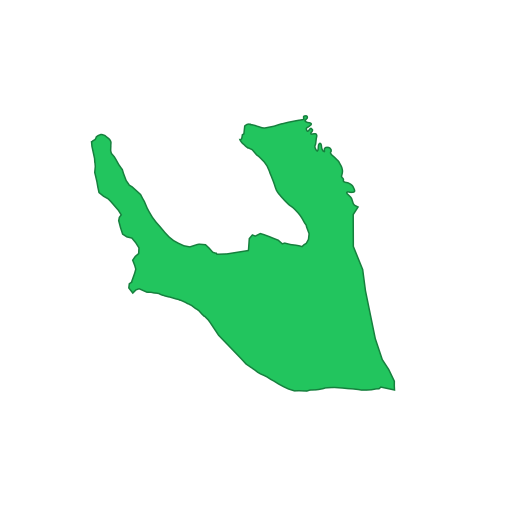 Qaflat Odhar, Amran, Yemen (Equal Earth projection), rotated 145°
{"feature_id": "15242507B49848325615271", "entity_name": "Qaflat Odhar", "entity_type": "district", "adm_level": 2, "iso_a3": "YEM", "parent_name": "Yemen", "parent_adm1": "Amran", "projection": "equal_earth", "projection_center": [43.669, 16.289], "detail": "fine", "context": "isolated", "style": "filled", "palette": "green", "viewbox_px": 512, "rotation_deg": 145, "n_neighbors": 0, "source": "geoboundaries", "source_scale": "gbopen_adm2", "svg_char_len": 6035}
<svg xmlns="http://www.w3.org/2000/svg" viewBox="0 0 512 512"><g transform="rotate(145 256 256)"><path d="M168.9,352.9L175.4,355.8L176.1,356.3L177.5,357.6L178.6,359.0L179.7,360.5L180.8,361.8L181.7,363.2L183.8,365.6L185.2,366.8L185.0,367.1L186.4,368.3L187.8,368.9L188.8,369.0L190.4,369.0L190.7,368.9L195.6,363.3L196.3,362.9L197.5,363.2L200.0,360.7L200.7,360.3L201.6,360.1L202.1,360.2L202.4,360.5L202.6,359.6L202.6,357.4L202.5,356.3L202.4,355.8L201.8,353.6L201.7,352.7L201.4,351.4L200.6,349.0L200.2,348.9L198.1,345.2L197.5,338.4L196.8,336.5L196.4,334.9L196.3,334.3L196.1,333.2L195.8,331.3L195.4,329.0L195.3,328.0L195.3,324.9L195.3,323.8L195.4,322.6L195.6,322.0L195.7,321.3L196.2,318.7L196.6,317.0L196.9,316.3L197.6,313.1L197.7,312.5L198.0,311.4L198.8,308.0L199.4,305.7L199.6,305.1L199.7,304.6L200.4,302.4L201.1,300.0L201.3,299.1L201.5,298.5L201.7,296.1L201.7,293.8L201.5,292.5L201.4,290.7L201.1,288.2L201.0,287.7L200.8,285.8L200.7,285.2L200.6,284.5L200.4,283.3L200.2,282.2L199.8,280.0L199.5,278.7L199.2,277.8L198.6,276.3L197.9,274.1L197.4,271.5L197.0,268.7L196.8,267.4L196.6,264.3L196.6,262.5L196.7,260.1L197.2,255.3L197.2,252.4L197.9,250.8L198.0,250.4L199.7,243.8L203.5,239.5L207.6,237.5L210.2,237.7L212.9,237.3L214.9,239.7L217.3,242.1L221.0,245.4L225.1,250.1L227.5,250.9L228.7,256.1L232.2,261.4L233.7,263.8L237.3,269.0L239.6,271.9L245.2,272.7L246.9,275.3L251.5,274.1L258.3,265.7L259.2,264.9L278.5,274.3L287.0,279.8L286.9,281.0L287.2,281.1L289.3,283.9L289.9,289.4L290.9,294.2L295.8,298.3L297.6,299.1L305.0,301.4L309.2,305.7L312.3,311.0L314.7,315.9L316.3,321.4L317.2,327.5L317.8,334.9L318.5,341.0L318.7,347.1L318.2,353.6L317.7,357.7L316.2,364.7L315.9,368.1L315.3,372.6L317.8,383.6L319.2,386.8L319.1,387.9L319.1,392.3L317.2,399.7L315.9,403.6L316.0,403.7L316.0,409.7L315.4,415.4L315.2,418.5L315.6,422.6L315.6,422.9L315.4,423.7L314.7,425.5L314.1,426.4L311.9,429.3L311.3,430.2L310.7,430.9L309.7,432.2L309.4,432.9L309.2,433.5L309.2,434.2L309.1,434.4L309.1,435.7L309.2,435.8L309.3,436.7L309.5,437.2L309.5,437.5L309.7,437.8L309.7,438.0L310.2,439.5L310.7,441.4L312.3,443.6L313.3,444.5L316.2,445.2L318.4,445.2L319.4,444.5L320.9,443.7L321.8,443.7L322.1,443.8L323.9,443.9L324.0,443.8L324.4,443.7L324.7,443.7L325.2,443.9L327.5,439.9L329.6,434.9L332.3,428.5L334.3,425.2L334.5,424.6L336.3,421.5L340.2,416.9L341.6,413.3L343.7,408.1L346.1,403.0L348.2,398.0L346.6,392.4L344.3,387.6L343.7,384.1L342.5,372.4L342.8,367.0L345.8,366.0L348.2,363.7L350.7,357.0L352.7,350.4L350.8,345.7L347.4,341.9L346.9,335.9L347.2,329.8L350.7,325.3L355.1,324.9L359.4,323.3L360.8,317.6L362.0,314.2L365.1,311.6L372.7,306.2L372.8,305.9L375.7,305.9L378.5,302.8L378.2,296.3L373.7,297.1L370.5,296.2L366.1,288.9L362.7,286.4L360.8,284.3L358.4,282.3L356.7,280.5L356.7,280.2L356.5,279.7L355.8,278.6L355.2,277.7L354.2,276.6L353.5,275.5L353.3,275.3L350.9,272.5L350.3,272.0L346.9,267.7L345.8,266.3L345.5,266.1L345.0,265.5L344.6,265.1L344.5,264.9L344.4,264.8L344.4,264.7L343.9,264.1L343.8,263.7L343.6,263.7L343.4,263.3L342.9,262.7L341.8,260.9L340.4,258.5L339.4,256.3L339.1,255.9L338.6,255.3L338.2,254.3L337.7,253.5L337.1,252.3L336.9,251.7L336.8,251.4L336.8,251.1L336.6,250.8L336.4,250.0L336.3,249.7L335.8,248.2L335.8,247.9L335.4,247.2L334.6,245.5L334.6,245.1L334.4,244.6L334.2,244.3L333.6,239.3L333.0,236.3L332.5,235.9L332.4,234.7L332.3,234.4L332.3,234.0L332.2,233.9L332.1,232.9L332.0,232.4L331.9,232.3L331.9,231.8L331.8,231.7L331.7,228.1L332.1,212.5L326.9,179.4L326.1,173.2L322.3,163.1L321.3,159.8L319.9,156.8L318.0,153.7L316.3,150.6L314.6,146.3L313.1,143.4L311.0,138.4L308.4,133.2L305.7,128.5L301.9,123.5L297.9,120.9L291.8,116.2L288.8,115.3L283.8,112.1L281.4,110.8L277.2,108.9L274.7,108.1L270.3,105.4L267.1,103.3L260.7,98.1L256.8,94.7L252.9,91.6L248.6,87.8L246.5,85.7L242.2,82.7L238.1,80.2L233.7,78.2L231.4,76.7L228.9,77.0L219.4,66.8L217.2,70.3L215.0,73.4L214.5,74.1L212.4,86.8L212.0,98.7L205.7,119.9L186.3,164.7L176.4,183.7L170.8,208.0L152.6,234.2L144.3,237.6L146.1,240.9L146.3,241.9L146.3,242.9L146.0,244.1L145.2,246.6L144.7,248.4L144.7,250.0L145.6,254.5L145.6,255.2L145.4,255.6L145.2,256.0L144.6,256.0L144.1,255.9L143.4,255.4L142.6,254.4L141.4,253.4L140.3,252.8L139.3,252.3L138.7,252.3L138.1,252.5L137.8,252.8L137.3,254.1L137.0,255.7L136.7,257.5L136.8,258.8L137.3,260.5L137.9,261.7L138.7,263.2L140.9,265.5L141.5,266.7L141.5,267.1L141.4,267.5L140.9,267.9L140.4,268.7L140.3,269.3L140.3,269.8L140.5,270.9L140.4,271.6L140.3,272.2L140.0,272.5L138.7,273.6L137.6,274.6L136.4,276.0L135.7,277.4L134.9,279.5L134.6,281.2L134.3,284.2L134.1,285.4L134.1,285.7L134.2,287.2L134.4,287.9L135.1,291.9L136.0,295.4L136.0,297.3L135.8,297.8L135.5,298.1L135.1,298.4L134.5,298.6L134.0,299.2L133.6,299.8L133.5,300.5L133.5,301.4L133.6,302.1L134.1,303.0L134.7,303.7L136.2,304.7L136.9,304.9L137.9,304.8L138.4,304.6L138.9,304.1L139.3,303.5L139.8,302.5L140.3,302.4L140.4,302.7L140.9,303.7L140.7,305.2L140.3,306.7L139.0,309.2L138.7,310.0L138.6,310.6L138.6,311.0L138.7,311.3L139.2,311.7L139.6,311.7L140.2,311.5L141.0,311.1L141.8,310.3L143.6,308.1L144.6,307.2L145.2,306.9L145.5,306.8L145.8,307.2L145.9,307.7L145.9,308.9L145.7,310.0L145.4,311.2L144.8,312.2L144.2,312.7L143.5,313.1L142.7,313.8L141.9,314.7L139.2,317.7L137.7,319.1L137.2,319.7L137.0,320.2L136.8,321.1L137.0,321.8L137.6,322.4L138.8,323.1L140.4,323.8L140.7,324.1L140.9,324.3L140.9,324.7L140.6,325.2L140.0,325.5L138.6,325.9L137.9,326.3L137.4,326.8L137.4,327.5L137.6,328.8L137.9,329.1L138.4,329.2L139.3,329.1L139.7,328.9L140.3,328.8L140.7,328.5L142.0,328.5L142.3,328.7L142.4,329.2L142.4,329.8L142.2,330.6L141.8,331.4L141.4,331.7L140.3,331.9L138.9,331.7L137.4,331.8L136.9,331.9L135.7,331.9L135.0,332.4L134.9,332.9L135.1,333.5L135.5,334.2L137.0,335.6L137.6,336.4L138.0,337.1L138.3,338.1L138.3,338.7L137.9,339.0L137.2,339.0L136.3,339.3L135.1,339.5L134.4,340.1L134.1,340.7L134.1,341.3L134.3,341.8L135.3,342.6L136.4,343.0L137.0,342.9L137.5,342.3L137.9,341.4L138.4,340.7L139.0,340.7L142.3,342.2L142.8,342.5L145.8,343.9L152.8,347.0L156.7,348.5L158.1,349.0L159.5,349.7L162.2,350.6L166.6,351.9L168.9,352.9Z" fill="#22c55e" stroke="#15803d" stroke-width="1.5"/></g></svg>